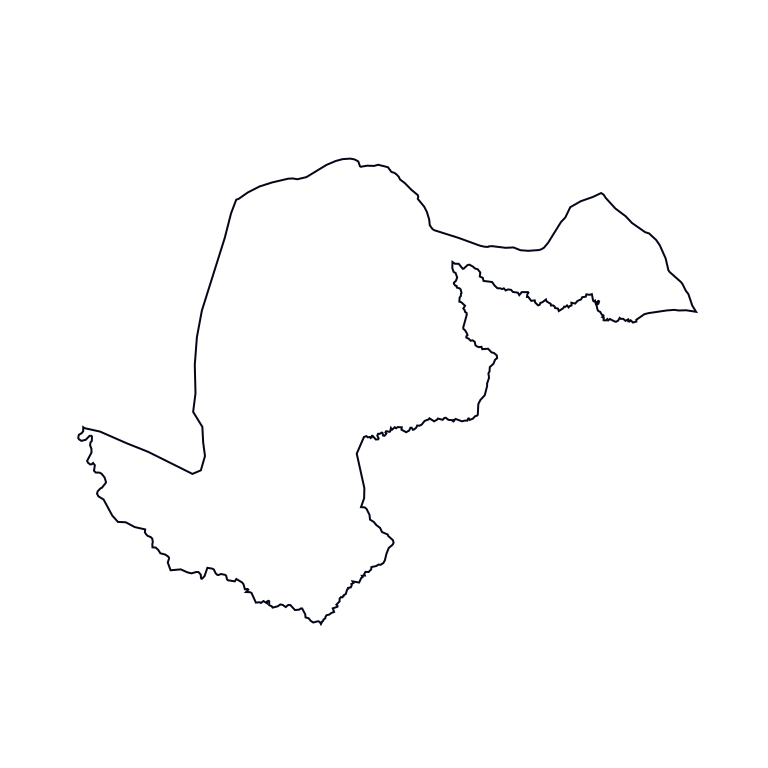 outline of Molqi, Gash Barka, Eritrea, rotated 18°
{"feature_id": "51966322B62181385469599", "entity_name": "Molqi", "entity_type": "district", "adm_level": 2, "iso_a3": "ERI", "parent_name": "Eritrea", "parent_adm1": "Gash Barka", "projection": "albers", "projection_center": [38.368, 14.994], "detail": "fine", "context": "isolated", "style": "outline", "palette": "ink", "viewbox_px": 768, "rotation_deg": 18, "n_neighbors": 0, "source": "geoboundaries", "source_scale": "gbopen_adm2", "svg_char_len": 6165}
<svg xmlns="http://www.w3.org/2000/svg" viewBox="0 0 768 768"><g transform="rotate(18 384 384)"><path d="M476.5,320.7L472.1,318.3L466.7,320.5L465.2,318.5L463.0,319.6L461.1,319.6L459.0,318.9L457.2,315.8L454.7,315.1L453.1,316.1L450.6,314.8L447.9,314.4L447.6,313.1L448.3,311.9L447.6,310.6L444.4,307.8L442.5,307.1L441.9,305.9L441.3,292.5L440.5,290.8L439.0,290.5L437.8,288.8L436.1,287.7L436.9,284.5L432.3,282.4L430.2,282.4L429.2,278.4L429.9,276.5L429.3,274.5L429.6,273.4L427.6,270.3L426.3,269.7L423.5,269.8L422.8,268.3L421.3,268.4L419.5,267.0L419.2,266.1L420.5,263.7L420.7,260.1L417.8,256.3L415.6,255.9L413.2,252.8L411.4,246.8L414.3,247.7L417.9,246.6L423.3,250.1L424.1,249.7L426.7,245.1L428.4,244.1L432.4,244.9L434.8,246.0L437.6,245.9L441.1,248.2L441.9,252.2L445.1,252.5L446.8,255.2L455.3,253.6L458.9,256.3L462.3,257.9L464.9,257.1L467.0,257.2L468.4,256.0L470.8,257.4L472.8,255.7L475.8,255.2L478.1,256.6L483.1,255.8L485.2,257.7L486.6,254.1L492.5,252.1L493.1,252.5L492.6,254.5L493.1,257.0L494.3,256.6L498.3,259.4L501.5,257.9L502.6,259.8L506.3,261.6L507.6,260.5L507.7,258.5L509.4,257.3L511.9,253.6L513.1,255.2L517.8,256.3L518.5,257.7L520.5,257.0L522.4,257.6L523.3,258.9L526.1,258.5L527.7,260.6L531.0,256.6L531.4,254.8L532.6,254.6L533.8,252.7L535.9,254.1L536.4,252.7L538.1,251.3L537.1,248.8L541.0,248.4L542.3,245.3L545.3,242.6L545.7,240.2L548.9,238.6L548.8,236.2L552.1,235.6L553.9,234.3L557.2,240.2L558.2,240.6L559.0,239.5L560.4,241.9L562.2,238.7L563.0,238.9L563.1,241.3L561.7,243.3L564.0,247.2L565.2,248.3L567.3,248.6L569.8,250.8L571.4,250.9L571.8,251.3L570.9,252.9L572.6,253.2L573.1,255.5L573.8,255.5L575.6,254.8L576.2,253.3L577.5,254.3L578.6,252.4L584.7,253.3L585.7,252.9L587.1,251.3L587.7,248.3L589.1,248.9L591.3,248.1L594.2,249.3L596.3,247.0L596.9,247.5L597.0,248.9L598.3,248.7L599.0,247.2L601.8,248.6L604.7,246.6L604.1,245.0L610.0,237.2L613.6,234.9L629.9,226.8L637.1,223.8L641.6,223.0L648.6,220.5L658.5,218.9L652.9,214.1L645.6,204.3L642.5,202.3L636.9,196.6L635.0,195.3L621.0,189.2L619.3,187.9L613.1,177.6L603.4,166.8L598.3,162.9L589.6,158.9L585.4,158.9L570.0,154.2L562.0,149.8L549.8,145.6L537.5,138.6L534.4,136.1L531.5,135.3L524.8,141.6L514.6,149.4L506.5,158.3L505.0,169.6L502.3,175.2L496.4,199.1L494.0,205.0L492.0,207.3L490.0,208.7L480.2,212.7L472.5,214.6L465.0,214.1L457.6,216.9L444.2,219.5L441.2,220.7L440.6,221.5L437.0,222.4L432.6,222.8L409.6,222.0L384.3,222.2L382.1,221.6L378.5,218.9L376.1,213.5L371.5,207.0L367.4,202.9L358.9,197.5L358.7,195.3L357.8,193.9L350.2,190.9L341.7,186.5L336.0,184.5L333.9,182.3L331.1,180.8L328.8,180.0L325.5,180.0L320.7,176.6L310.7,177.3L307.1,179.7L300.7,181.5L294.7,184.6L293.8,184.3L290.8,180.3L286.7,179.5L282.2,180.1L275.2,182.9L269.2,186.8L261.6,193.4L246.3,211.2L238.4,216.0L233.8,216.7L229.5,218.3L215.3,226.9L204.7,234.5L195.3,243.9L188.5,252.9L186.5,254.4L185.8,269.0L187.4,294.3L188.1,370.5L191.6,397.4L198.1,424.2L207.6,451.1L211.1,469.5L224.5,480.9L230.0,495.3L236.0,507.8L236.5,522.7L229.6,528.7L180.6,521.4L157.8,519.9L128.6,517.0L113.1,518.5L111.3,518.0L112.5,521.9L111.7,524.1L109.5,526.6L109.8,529.8L111.1,530.9L113.8,531.6L117.6,529.2L120.0,524.3L121.7,523.7L122.5,524.3L123.7,528.4L122.9,530.4L123.5,533.3L125.7,535.9L127.0,539.6L125.4,548.9L126.9,550.4L129.5,551.3L130.9,550.6L131.7,549.0L134.1,550.6L135.0,556.1L137.2,557.3L140.7,556.2L143.1,556.6L147.1,559.2L149.8,563.0L150.0,563.9L147.8,569.8L146.6,570.9L144.9,574.4L144.9,576.9L147.1,579.1L153.0,580.5L166.2,593.1L173.6,597.4L181.1,595.3L191.2,597.1L201.8,596.1L202.4,598.9L203.7,600.1L205.9,601.4L209.5,601.7L211.4,602.7L213.0,605.8L213.1,607.8L214.3,610.9L217.4,610.1L220.6,611.6L223.6,614.1L228.6,613.8L232.4,614.9L233.5,616.2L233.5,620.6L238.6,627.1L248.0,623.1L255.3,623.9L259.3,623.6L263.6,620.8L265.7,620.2L268.6,621.9L269.8,624.8L270.5,625.6L271.2,625.3L272.7,622.1L272.8,613.4L277.6,612.7L279.5,613.0L282.3,616.0L284.3,617.0L285.5,616.9L287.6,615.1L292.0,614.6L293.2,615.2L294.9,618.1L296.0,618.9L303.1,617.8L303.8,615.1L310.4,616.6L312.3,617.9L315.1,622.2L317.6,621.1L318.5,621.5L317.1,624.5L320.8,623.4L322.6,623.7L329.7,631.5L333.2,630.0L334.6,630.3L336.4,627.7L340.5,628.7L340.0,627.0L341.1,625.9L342.0,626.1L343.1,629.8L346.0,630.1L347.1,631.1L351.6,628.3L353.5,625.7L356.0,625.4L359.5,626.5L361.2,623.7L363.3,623.2L369.2,626.5L373.1,624.8L374.2,623.2L375.5,622.8L380.2,627.3L381.5,630.2L384.7,630.1L387.5,631.9L390.4,632.7L394.6,630.0L396.4,630.1L398.2,631.8L398.7,628.7L399.4,628.0L399.2,626.8L400.6,624.9L400.3,623.6L400.8,621.7L403.3,620.1L404.7,618.0L407.0,616.2L404.6,613.2L408.5,610.3L408.5,609.5L406.9,608.6L408.9,604.5L408.1,601.6L408.9,600.0L410.3,599.8L410.4,598.8L411.1,598.4L411.0,597.2L412.5,595.7L412.5,590.7L413.3,589.7L412.9,589.0L415.3,587.6L415.5,585.3L414.8,584.3L416.4,582.7L415.1,581.4L421.7,580.5L422.3,575.5L423.3,574.4L422.2,573.2L425.0,572.1L423.9,570.9L424.4,568.4L427.4,567.6L429.1,564.4L428.6,562.0L432.9,559.5L434.6,557.4L436.5,557.1L438.7,554.5L439.3,551.5L438.8,544.5L439.2,538.4L441.9,534.1L442.2,532.1L440.8,529.8L434.9,527.2L434.1,526.0L427.8,525.4L424.8,522.1L420.5,520.6L416.8,518.3L412.6,517.3L410.7,513.0L406.0,508.2L403.9,507.3L400.2,508.2L400.4,498.8L397.5,489.1L379.6,458.7L381.3,440.6L383.4,439.0L384.9,439.7L387.1,438.7L387.9,439.5L388.8,438.5L388.6,437.0L389.1,436.8L393.4,439.3L395.6,438.4L395.7,437.3L393.6,435.2L393.7,433.2L395.2,432.8L397.0,430.8L397.7,431.0L399.1,433.3L400.5,433.1L401.6,430.5L400.3,429.6L400.6,428.2L404.0,427.8L404.5,427.2L404.2,423.7L405.8,424.9L407.6,421.8L409.1,422.4L410.3,420.8L414.3,419.7L414.7,422.0L420.0,423.0L422.3,420.5L422.7,417.4L423.8,417.1L425.7,418.6L426.7,417.9L428.2,415.5L428.4,413.2L430.6,412.7L432.3,411.1L434.1,406.5L437.4,403.9L437.8,402.6L443.2,404.0L445.5,401.5L445.9,400.2L450.9,399.9L451.9,397.7L453.2,397.0L456.3,398.2L459.6,397.4L461.5,398.2L461.9,397.7L461.3,396.7L462.2,396.5L462.9,395.1L469.7,395.4L472.4,393.7L474.6,393.1L474.7,390.9L475.3,390.5L476.6,391.7L479.2,389.5L480.7,386.4L482.4,385.2L482.7,384.3L479.9,373.9L480.6,369.4L483.3,363.5L482.7,354.0L481.9,351.7L482.0,345.7L480.0,341.5L480.5,339.6L479.4,335.2L481.8,331.1L482.2,326.4L483.6,324.5L482.4,321.9L478.9,320.5L476.5,320.7Z" fill="none" stroke="#020617" stroke-width="2"/></g></svg>